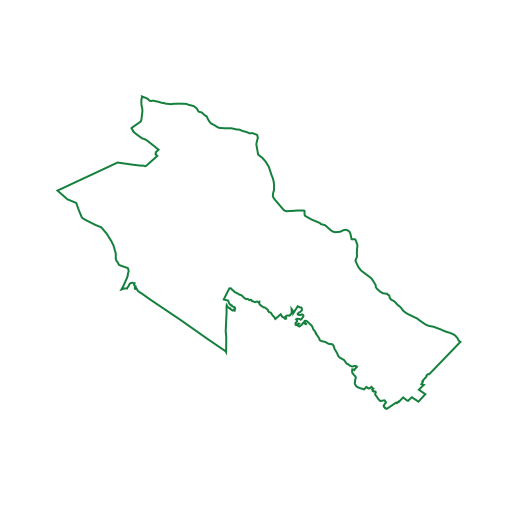 outline of Draganu, Arges, Romania, rotated 344°
{"feature_id": "2599482B87206763535971", "entity_name": "Draganu", "entity_type": "district", "adm_level": 2, "iso_a3": "ROU", "parent_name": "Romania", "parent_adm1": "Arges", "projection": "natural_earth1", "projection_center": [24.702, 44.943], "detail": "fine", "context": "isolated", "style": "outline", "palette": "green", "viewbox_px": 512, "rotation_deg": 344, "n_neighbors": 0, "source": "geoboundaries", "source_scale": "gbopen_adm2", "svg_char_len": 6116}
<svg xmlns="http://www.w3.org/2000/svg" viewBox="0 0 512 512"><g transform="rotate(344 256 256)"><path d="M366.9,434.7L372.0,440.8L380.7,435.5L375.7,429.5L380.1,427.0L381.8,426.2L379.7,424.8L381.8,422.9L381.4,422.3L382.0,421.7L386.6,418.9L387.2,418.0L387.1,417.8L388.3,417.1L389.0,417.0L389.9,417.4L428.8,394.9L428.1,394.1L427.6,393.2L427.3,392.3L427.1,390.7L425.7,387.6L424.2,385.8L421.4,383.4L418.4,381.6L414.9,378.9L413.6,377.7L407.1,372.9L402.8,370.8L401.3,369.6L400.1,368.6L395.5,363.0L393.5,360.3L391.1,358.3L385.4,353.1L383.4,350.7L382.1,348.6L381.3,346.1L380.2,344.1L378.5,341.8L377.4,339.4L376.3,337.5L373.6,334.9L373.4,333.7L373.0,333.1L373.2,331.5L373.1,330.7L372.9,330.2L372.2,329.7L371.4,328.3L368.9,327.4L367.5,326.6L365.6,324.6L363.2,320.8L362.6,318.9L363.0,317.0L361.9,312.8L361.0,310.0L360.0,308.2L353.6,299.8L352.7,298.3L351.4,294.9L350.7,291.1L350.4,288.4L350.4,287.7L351.5,286.2L352.4,285.2L353.1,284.0L353.6,281.4L354.6,278.8L354.9,277.4L356.3,274.2L356.5,272.5L356.1,267.8L355.9,267.4L355.4,267.0L353.0,266.5L352.5,266.1L352.9,260.5L352.6,258.7L352.0,257.5L350.4,256.0L348.9,255.4L347.0,255.3L344.6,255.8L343.1,255.8L339.3,255.1L337.8,254.5L336.5,253.6L335.1,252.0L331.0,245.6L329.4,244.5L327.4,243.4L327.1,243.1L326.5,241.9L319.3,236.1L314.4,231.1L314.1,230.2L314.2,228.9L315.1,226.1L314.5,225.5L309.2,223.9L302.6,222.5L301.0,222.0L298.3,221.6L296.9,220.9L296.2,220.4L295.3,219.4L289.5,206.7L288.8,204.5L288.7,203.1L289.9,200.1L291.4,197.7L291.9,196.4L293.1,192.0L293.5,189.2L293.6,186.0L293.2,181.9L292.9,173.9L291.3,168.0L289.2,163.5L286.2,159.4L286.0,158.7L286.2,157.5L287.0,149.3L287.6,147.6L290.4,142.8L290.5,140.1L290.1,139.6L286.3,136.8L283.7,136.4L281.6,134.6L277.1,131.8L275.0,130.0L271.9,128.9L270.5,128.0L267.2,126.3L261.4,124.7L255.7,122.6L254.3,121.2L253.7,120.8L253.1,119.9L251.8,118.5L249.4,116.3L248.8,115.3L248.1,113.4L247.4,110.6L247.0,108.1L245.9,107.1L243.3,103.0L241.2,101.8L240.4,101.0L240.0,98.6L239.4,97.4L237.4,94.7L232.6,91.9L231.4,90.9L230.8,90.5L222.2,87.8L221.4,87.8L219.4,87.1L216.0,86.6L210.6,84.4L210.0,83.7L207.7,82.8L204.9,81.0L200.5,78.6L199.4,78.2L197.8,78.1L197.1,77.8L196.1,76.8L195.8,76.0L194.9,74.8L193.8,73.8L190.3,71.2L190.0,72.6L188.9,74.0L187.5,79.2L187.4,82.4L186.7,85.6L183.3,93.6L182.0,95.1L172.8,98.2L171.5,98.8L172.4,101.8L172.2,102.4L174.1,105.3L178.9,111.5L180.9,112.8L182.8,114.6L188.2,122.0L191.6,127.0L188.2,128.7L188.2,129.5L187.5,130.5L188.7,132.6L175.8,138.8L174.4,139.2L172.1,137.9L169.7,137.2L163.0,134.4L148.7,128.0L83.2,138.4L90.4,149.6L97.8,155.4L98.3,163.1L99.2,170.9L99.9,172.1L103.1,175.3L110.3,182.0L115.2,185.8L118.7,193.6L121.1,202.1L121.9,206.6L121.9,215.0L120.6,219.3L120.4,221.0L120.6,222.2L121.4,224.5L121.8,226.7L123.6,228.2L129.1,232.0L129.6,232.7L129.4,235.5L127.8,238.1L127.4,239.3L126.1,241.3L120.2,248.3L117.4,251.1L119.3,251.0L119.5,250.6L123.1,251.7L123.5,251.0L125.4,249.7L126.2,248.6L127.3,247.7L127.9,247.5L130.0,247.7L131.8,248.8L130.8,250.2L131.2,251.1L132.0,252.1L131.9,252.4L130.9,252.7L130.9,253.5L130.6,253.9L130.8,254.4L131.2,254.6L132.2,254.4L132.8,256.9L133.7,258.2L136.5,261.4L142.3,268.7L165.7,296.5L186.8,322.7L197.8,335.9L200.5,339.2L200.7,340.0L202.4,334.8L205.1,325.6L206.1,320.1L212.4,301.4L213.3,297.8L214.3,295.2L214.5,295.8L214.5,296.8L215.3,298.0L216.0,298.5L216.0,298.9L216.9,299.3L216.9,300.1L218.5,302.0L220.0,302.1L220.4,302.6L220.7,302.1L220.2,301.3L220.5,301.1L221.1,301.0L221.5,300.5L221.5,299.9L221.3,299.4L220.3,298.7L219.1,297.4L219.1,296.9L218.5,296.7L218.3,296.4L218.4,296.1L218.3,295.9L217.9,295.8L217.2,294.3L216.9,291.2L213.0,288.9L221.4,279.8L223.0,280.2L224.1,282.5L225.0,283.4L225.4,284.6L226.0,285.3L226.7,285.7L227.4,286.5L228.4,287.3L229.3,288.5L231.2,289.7L233.5,293.6L234.5,294.6L235.2,294.9L236.2,295.0L237.4,296.5L238.7,296.5L239.5,297.1L239.4,297.9L239.8,298.4L241.1,299.0L242.1,300.0L243.0,300.1L244.2,300.0L244.8,300.3L245.4,301.0L246.6,300.9L246.0,302.7L246.3,303.7L246.9,304.8L249.1,307.4L250.4,308.0L252.5,310.9L252.5,312.4L253.0,313.4L254.3,314.3L254.8,315.1L255.6,317.8L256.8,319.9L256.9,321.1L257.2,321.9L263.7,318.8L264.4,321.6L265.6,322.7L266.3,324.0L266.8,324.5L267.7,324.5L267.8,323.5L267.7,322.4L268.8,321.9L270.3,321.9L271.6,322.6L272.6,322.3L272.9,321.8L273.7,321.5L274.1,320.8L274.8,320.3L275.6,316.7L276.5,319.3L276.5,320.3L276.2,321.2L282.3,315.8L283.9,317.4L285.4,318.1L285.6,319.1L285.0,321.0L282.5,322.2L281.4,322.2L280.8,322.8L280.1,323.1L280.0,323.6L280.7,324.3L281.4,324.7L282.7,325.0L283.8,324.7L284.6,325.1L285.0,325.7L285.2,326.4L284.5,327.5L282.3,329.2L281.4,329.6L280.9,328.8L279.0,327.9L277.8,327.7L277.1,328.0L277.6,328.9L277.5,330.3L275.9,331.0L275.6,331.4L275.2,332.0L275.5,332.4L275.2,333.1L275.5,333.5L276.1,333.5L277.6,332.9L278.4,332.7L278.7,332.9L276.9,334.0L277.0,334.4L277.4,335.0L278.4,335.8L281.5,334.4L282.7,333.3L283.8,333.7L284.6,334.9L285.2,335.3L285.4,335.1L284.6,333.5L284.4,332.7L284.4,332.1L284.8,331.8L285.7,331.9L286.7,332.4L290.0,337.7L290.5,338.9L290.7,339.8L290.8,341.8L291.3,343.4L291.9,344.5L292.2,347.1L292.5,347.1L292.5,348.0L294.1,352.7L294.0,354.2L294.4,354.9L295.6,355.9L299.0,357.8L301.5,360.4L305.2,362.0L305.8,363.6L305.9,366.9L307.3,372.2L307.3,373.9L307.8,375.6L308.9,377.2L312.0,380.3L313.1,383.5L313.8,384.8L314.4,385.1L315.8,387.0L317.1,388.2L318.3,388.8L320.8,388.9L322.2,389.7L322.5,390.4L320.3,391.7L318.9,392.8L318.2,391.8L317.3,391.5L316.6,393.1L316.4,395.3L318.4,399.4L318.4,400.7L317.3,402.1L316.6,404.1L315.8,405.7L315.8,406.4L316.5,408.9L318.8,411.2L323.3,414.0L325.9,412.3L327.5,414.0L327.4,414.1L328.0,414.5L329.5,414.3L330.8,413.6L332.2,415.9L330.9,416.4L331.3,417.3L331.0,418.0L331.6,418.7L333.0,418.9L333.5,419.3L333.5,420.2L332.5,421.4L332.5,422.4L332.8,423.5L333.1,423.9L333.5,424.9L333.9,426.7L334.7,428.3L335.6,429.8L338.0,429.9L339.8,430.2L340.1,431.3L340.6,432.3L340.3,432.9L338.9,433.7L338.3,434.6L337.6,434.8L337.4,435.5L337.4,436.0L337.6,436.0L338.0,437.5L338.2,437.4L338.7,438.0L338.9,438.4L339.0,438.4L339.5,439.0L350.4,435.5L350.9,436.3L352.9,435.2L353.1,435.6L358.4,432.5L361.5,436.7L362.2,437.1L366.9,434.7Z" fill="none" stroke="#15803d" stroke-width="2"/></g></svg>